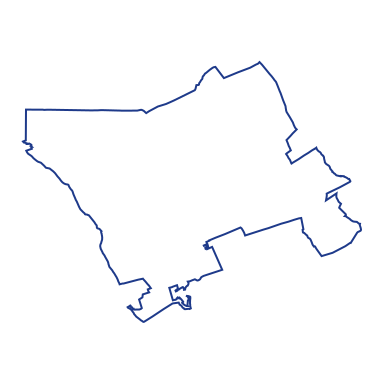 outline of Goiesti, Dolj, Romania
{"feature_id": "2599482B37441386281384", "entity_name": "Goiesti", "entity_type": "district", "adm_level": 2, "iso_a3": "ROU", "parent_name": "Romania", "parent_adm1": "Dolj", "projection": "orthographic", "projection_center": [23.769, 44.483], "detail": "fine", "context": "isolated", "style": "outline", "palette": "blue", "viewbox_px": 384, "rotation_deg": 0, "n_neighbors": 0, "source": "geoboundaries", "source_scale": "gbopen_adm2", "svg_char_len": 5972}
<svg xmlns="http://www.w3.org/2000/svg" viewBox="0 0 384 384"><path d="M357.2,232.6L357.9,232.0L359.7,231.2L360.4,230.8L360.8,230.5L361.0,229.5L360.6,227.6L359.8,225.2L359.9,224.2L360.0,223.8L359.0,223.7L356.9,221.9L353.9,221.6L352.6,221.2L350.8,220.0L349.7,218.9L346.6,216.9L345.8,216.2L344.9,216.1L345.9,215.0L345.7,214.2L340.9,209.5L339.2,207.8L339.2,207.6L339.9,206.0L341.0,203.8L338.7,201.8L338.5,201.5L338.0,200.3L336.7,198.0L336.5,197.4L336.3,196.4L336.4,194.1L336.5,193.4L326.0,200.4L326.6,197.2L326.8,195.3L326.7,193.6L339.8,187.3L349.8,181.9L350.2,181.6L350.4,181.2L349.3,179.2L349.2,179.0L348.6,179.1L348.1,178.8L347.1,178.0L345.2,177.0L344.3,176.8L344.1,176.3L343.9,176.2L341.3,176.0L341.4,176.3L340.9,176.4L336.6,175.4L336.1,175.1L334.9,173.8L334.2,173.5L333.1,172.3L332.3,171.9L332.4,171.3L331.7,170.6L331.2,169.8L330.5,169.1L330.2,168.5L329.8,167.1L329.2,166.1L328.8,165.7L326.2,164.0L324.9,162.4L324.8,161.5L324.1,158.7L324.0,157.3L323.8,156.8L323.2,156.1L323.2,155.7L321.7,154.6L321.5,154.3L321.3,154.1L320.8,153.0L320.1,152.2L318.8,151.4L317.5,150.2L316.5,148.4L316.3,147.7L314.9,148.8L314.8,148.7L311.8,150.5L308.3,152.9L304.0,155.5L298.7,159.1L292.9,162.6L291.5,163.6L291.4,163.5L290.5,161.2L289.9,159.8L288.4,157.8L287.6,156.1L286.1,154.0L286.8,153.3L290.8,150.4L289.6,147.5L288.8,146.1L287.8,143.2L286.5,140.1L290.6,135.8L292.7,133.4L296.7,129.4L295.6,128.3L295.0,127.5L293.8,125.0L292.9,122.5L289.9,117.3L286.6,112.0L286.1,110.4L286.0,109.4L285.8,108.5L285.5,106.1L283.1,100.2L280.5,92.9L279.8,91.4L277.5,85.5L276.1,82.1L275.7,81.5L274.4,80.0L273.6,78.8L271.5,76.1L269.7,74.1L262.0,64.7L259.5,62.1L258.0,63.7L255.9,64.6L250.2,67.7L238.0,72.3L223.9,78.1L215.4,66.9L213.5,67.3L212.3,68.0L209.8,69.8L206.1,72.9L205.0,73.6L203.7,75.6L203.1,76.1L202.7,76.8L202.5,77.6L202.4,78.5L202.1,79.2L201.2,80.1L199.9,82.3L199.4,82.8L199.1,83.6L199.0,84.5L198.8,84.8L198.4,85.0L196.4,85.1L195.5,88.9L194.8,90.2L174.1,100.4L169.7,102.4L166.0,104.0L157.9,106.5L149.1,111.2L146.2,113.1L143.7,110.8L141.8,109.9L140.5,109.9L137.3,110.6L121.5,110.7L121.0,110.6L116.8,110.5L101.4,110.1L98.2,110.3L91.2,110.4L47.6,109.7L44.1,109.9L43.0,109.7L26.0,109.6L25.8,140.4L23.0,141.5L23.8,142.5L25.5,142.9L27.6,143.6L27.7,143.8L27.5,144.0L28.2,144.0L29.1,143.5L30.5,144.2L31.3,144.8L31.5,145.1L31.4,145.6L30.8,146.0L31.2,146.2L31.8,146.8L31.4,146.8L31.2,147.3L31.8,148.8L26.3,150.7L26.9,152.0L27.7,153.2L28.2,153.8L31.2,155.8L31.9,156.4L33.3,158.0L34.4,159.0L36.9,161.0L38.2,161.8L40.3,162.5L41.0,162.8L44.0,165.6L45.9,167.7L46.6,167.9L49.6,168.5L53.3,171.4L55.1,173.2L57.5,176.4L59.4,178.5L60.9,180.6L62.3,182.2L63.2,182.9L64.4,183.7L66.1,184.3L67.1,184.4L68.2,184.7L68.6,185.2L68.8,185.9L69.5,187.3L71.1,189.6L71.8,190.2L72.5,191.3L73.5,194.4L75.4,198.8L75.7,199.7L76.8,201.6L79.1,206.9L80.4,209.3L83.4,212.4L84.2,213.0L84.6,213.4L85.0,214.2L85.4,214.4L87.1,214.6L87.9,215.0L88.7,215.2L89.1,215.6L94.4,222.2L95.7,224.3L96.7,225.4L96.9,227.7L97.1,228.0L97.4,228.3L99.4,228.9L99.7,229.2L101.4,231.1L101.1,231.3L101.2,232.5L101.3,233.0L101.6,233.5L101.8,235.0L102.0,235.7L102.2,237.6L102.1,239.7L101.4,241.9L101.1,243.2L100.8,243.6L100.3,245.0L100.2,246.3L100.7,248.7L102.6,252.5L102.7,253.0L104.6,255.6L104.7,255.9L105.2,256.9L107.8,261.5L108.3,263.0L108.4,263.8L109.4,266.9L112.3,270.4L113.0,271.7L114.2,273.3L115.8,276.0L116.5,277.1L117.7,279.6L118.3,281.4L119.3,283.3L119.6,284.3L122.7,283.5L123.7,283.5L138.1,279.7L142.9,278.7L143.0,278.9L145.4,281.5L147.7,284.3L148.9,285.5L150.8,288.2L147.8,289.4L148.4,291.3L149.1,292.4L142.8,294.4L142.4,297.4L139.1,299.5L141.8,308.1L141.3,308.6L140.7,309.0L139.4,309.5L134.1,309.6L133.7,308.8L132.8,309.2L132.2,307.6L132.0,307.3L131.2,307.2L130.9,306.9L130.6,305.7L130.3,305.5L129.4,306.2L127.6,307.2L127.8,307.6L130.5,309.1L131.8,310.4L132.7,311.8L133.5,312.7L134.2,314.2L135.4,315.5L136.1,316.5L140.0,319.5L140.9,320.3L142.1,321.0L143.0,321.7L143.7,321.9L144.2,321.7L152.5,316.5L163.6,309.1L171.4,304.2L172.3,303.6L173.0,303.4L178.7,302.6L179.7,304.7L180.3,304.9L181.2,305.6L182.0,306.5L182.4,307.3L182.9,307.8L183.6,308.1L184.1,308.5L184.3,309.0L184.6,309.1L186.0,309.1L188.7,308.8L189.6,309.0L190.8,308.4L190.2,305.9L190.2,304.6L190.0,303.3L190.1,299.9L190.3,298.8L190.3,297.0L190.1,296.7L188.5,296.1L186.9,295.9L186.8,296.1L187.5,296.5L188.2,297.5L188.5,298.0L188.6,298.8L189.5,300.0L189.1,300.3L188.7,300.3L188.2,300.2L187.9,300.4L187.5,304.8L187.5,305.2L187.8,305.8L187.9,306.0L186.5,306.0L184.9,305.2L184.1,304.7L182.5,303.2L182.1,302.8L182.1,302.7L182.4,302.4L183.2,301.9L183.2,301.7L181.3,299.4L179.7,297.8L179.3,298.2L179.1,297.9L179.0,298.0L179.0,298.3L178.9,298.3L178.5,297.9L177.7,297.4L176.7,298.5L176.8,298.9L176.7,299.1L175.5,299.8L174.9,299.8L172.9,300.3L169.3,287.8L171.8,287.2L172.8,286.7L177.0,285.2L178.0,288.6L175.5,290.5L175.9,291.4L177.3,290.7L177.4,290.2L179.1,289.4L180.0,288.6L182.6,287.1L183.1,287.2L183.3,287.5L183.7,288.7L184.1,289.5L184.1,289.8L185.1,289.6L185.4,287.8L186.2,286.7L187.0,285.9L187.6,285.7L187.9,285.2L188.4,284.1L188.5,283.5L188.5,282.9L187.8,281.6L189.8,281.3L192.1,280.3L194.9,279.3L197.2,280.5L198.1,280.4L199.3,279.8L200.0,279.3L200.6,278.4L200.8,277.9L201.4,277.1L203.6,275.9L222.2,269.8L212.1,246.9L207.0,249.2L206.8,248.8L208.1,248.2L207.9,247.8L205.6,248.8L205.3,247.9L208.1,246.7L207.9,245.9L206.6,246.4L206.3,245.7L207.7,245.0L207.5,244.4L204.0,245.9L203.8,245.5L207.3,244.0L206.4,242.0L209.3,240.7L209.2,240.4L215.6,237.7L225.2,234.0L240.5,227.5L241.6,228.4L243.0,230.6L244.2,232.9L245.1,235.5L263.1,229.7L268.5,228.1L281.2,223.7L288.4,221.7L294.1,219.8L298.8,218.4L301.2,218.0L303.4,229.2L302.6,229.7L302.9,232.2L303.3,232.7L304.2,232.9L306.6,235.2L307.2,235.5L307.4,236.3L308.0,237.6L308.4,237.9L309.5,238.5L310.0,238.9L310.5,239.5L311.8,242.5L312.4,244.2L312.9,245.2L313.7,246.2L313.8,246.0L315.2,246.6L315.4,247.2L316.5,249.0L321.6,256.1L332.6,252.8L345.3,246.2L346.5,245.4L349.7,243.2L350.2,242.9L350.7,243.0L357.2,232.6Z" fill="none" stroke="#1e3a8a" stroke-width="2"/></svg>